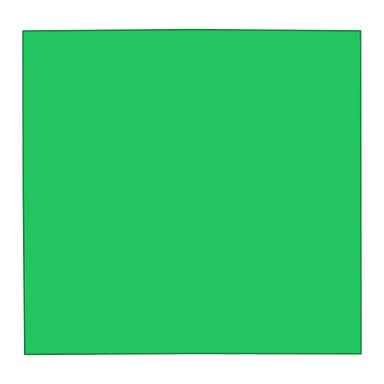 outline of Ionia, Michigan, United States of America
{"feature_id": "52423323B19907423644916", "entity_name": "Ionia", "entity_type": "district", "adm_level": 2, "iso_a3": "USA", "parent_name": "United States of America", "parent_adm1": "Michigan", "projection": "equal_earth", "projection_center": [-85.158, 42.945], "detail": "fine", "context": "isolated", "style": "filled", "palette": "green", "viewbox_px": 384, "rotation_deg": 0, "n_neighbors": 0, "source": "geoboundaries", "source_scale": "gbopen_adm2", "svg_char_len": 242}
<svg xmlns="http://www.w3.org/2000/svg" viewBox="0 0 384 384"><path d="M23.0,31.0L23.1,113.4L23.3,192.8L24.8,354.4L192.3,353.5L361.0,353.8L360.6,30.9L191.6,29.6L107.4,30.3L23.0,31.0Z" fill="#22c55e" stroke="#15803d" stroke-width="1.5"/></svg>